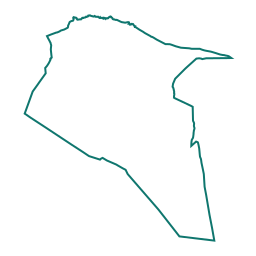 Klæbu nor, Sør-Trøndelag, Norway
{"feature_id": "86288312B3203953779566", "entity_name": "Klæbu nor", "entity_type": "district", "adm_level": 2, "iso_a3": "NOR", "parent_name": "Norway", "parent_adm1": "Sør-Trøndelag", "projection": "mercator", "projection_center": [10.509, 63.25], "detail": "fine", "context": "isolated", "style": "outline", "palette": "teal", "viewbox_px": 256, "rotation_deg": 0, "n_neighbors": 0, "source": "geoboundaries", "source_scale": "gbopen_adm2", "svg_char_len": 4709}
<svg xmlns="http://www.w3.org/2000/svg" viewBox="0 0 256 256"><path d="M231.3,58.0L228.7,56.2L226.8,55.7L226.0,55.6L224.1,55.1L222.7,55.0L220.1,54.5L216.4,53.3L215.8,53.1L212.5,52.1L210.7,51.6L205.8,50.7L204.1,50.3L202.1,49.7L199.8,48.8L199.6,48.8L195.9,48.8L191.7,48.8L189.2,48.3L180.9,47.7L175.8,46.3L171.4,44.7L169.7,44.2L165.4,44.1L156.7,39.6L153.5,37.6L152.2,36.9L151.3,36.8L150.6,36.2L144.8,33.0L143.1,31.8L139.6,29.8L135.4,27.0L134.9,27.0L134.9,26.9L134.9,26.7L135.0,26.5L134.9,26.5L134.8,26.1L134.5,26.1L134.4,26.0L134.3,25.8L134.1,25.6L133.9,25.5L133.8,25.4L133.7,25.1L133.6,24.9L133.5,24.7L133.2,24.5L133.2,24.3L133.1,24.1L132.9,24.1L132.7,24.1L132.4,24.1L132.1,23.9L131.8,23.9L131.7,23.9L131.6,24.2L131.3,24.4L131.1,24.5L130.8,24.6L130.4,24.6L130.1,24.7L129.8,24.7L129.7,24.6L129.8,24.4L129.6,24.4L129.9,24.3L129.9,24.2L129.7,24.1L129.8,24.0L129.9,23.9L129.5,23.6L129.2,23.6L129.3,23.5L129.1,23.3L129.2,23.1L129.0,22.6L129.0,22.4L128.8,22.3L128.6,22.3L128.3,22.1L128.1,22.1L128.0,22.3L127.7,22.2L127.4,22.3L127.1,22.3L125.2,22.7L121.6,22.1L119.8,21.3L119.5,21.1L118.3,20.6L117.9,20.3L117.5,20.2L117.2,20.0L116.9,20.0L116.8,19.9L116.2,19.8L115.6,19.9L115.0,19.7L114.7,19.6L114.1,19.3L113.8,19.3L113.7,19.4L113.4,19.4L113.2,19.3L113.1,19.2L112.8,19.1L112.7,19.0L112.7,18.8L112.5,18.5L112.5,18.3L112.4,18.1L112.2,17.9L111.9,17.7L111.6,17.5L111.5,17.4L111.4,17.4L111.3,17.0L111.2,16.8L110.9,16.8L110.6,16.9L110.4,16.8L110.3,16.6L110.2,16.5L109.6,16.9L109.3,17.1L108.8,17.3L108.7,17.5L108.4,17.7L108.3,18.1L108.2,18.2L107.9,18.2L107.7,18.3L107.5,18.2L107.1,18.4L106.8,18.4L106.6,18.3L106.4,18.4L106.2,18.4L105.8,18.2L105.6,18.4L105.5,18.7L105.4,18.6L105.2,18.6L105.1,18.4L105.2,18.2L104.9,18.2L104.3,17.9L104.1,18.1L103.7,17.8L103.5,17.7L103.3,17.8L103.3,18.0L103.1,18.3L103.1,18.5L102.6,18.3L102.7,18.2L102.4,17.9L102.2,18.0L101.9,17.9L101.3,17.8L101.0,17.9L100.7,17.7L100.5,17.9L100.3,18.0L100.2,18.0L100.2,17.9L100.1,17.7L100.0,17.4L99.9,17.5L99.4,17.4L99.2,17.7L98.9,17.5L98.7,17.2L98.1,16.9L98.0,16.7L97.8,16.7L97.5,16.8L97.1,16.9L96.8,16.8L96.6,16.8L96.2,16.7L95.9,16.8L95.7,16.6L95.2,16.5L95.0,16.3L94.9,16.1L94.7,16.0L94.5,16.3L94.1,16.5L93.6,16.5L93.4,16.4L93.1,16.5L92.9,16.4L92.7,16.3L92.6,16.2L92.0,16.2L91.3,15.9L90.7,15.8L90.2,15.4L89.8,15.4L89.6,15.4L89.6,15.5L89.3,15.5L89.2,15.6L88.8,15.6L88.3,15.6L88.1,16.1L87.9,16.1L87.6,16.6L87.3,16.7L86.8,16.7L86.4,16.7L86.4,16.8L86.3,17.0L85.6,17.1L85.3,17.4L85.1,17.5L84.1,17.5L83.9,17.6L83.5,18.0L82.7,18.0L82.4,17.8L82.2,17.9L82.1,18.0L82.0,18.4L81.8,18.6L81.5,18.8L81.2,19.0L81.0,19.3L80.9,19.4L80.6,19.3L80.4,19.3L79.4,19.4L78.9,19.5L78.6,19.5L77.7,19.7L77.4,19.7L77.2,19.3L77.1,19.2L76.8,19.0L76.8,18.9L76.8,18.7L76.8,18.4L76.6,18.2L76.2,18.0L76.2,17.9L75.8,17.6L75.3,17.6L74.8,17.6L74.5,17.5L73.8,17.1L73.4,17.4L73.2,17.8L73.3,18.3L73.5,18.9L73.6,19.2L73.3,20.2L73.2,20.4L73.1,20.6L72.7,20.8L71.6,21.0L70.7,21.4L70.0,21.8L69.7,22.0L69.1,23.4L68.7,24.5L68.1,25.5L68.1,25.8L68.1,26.5L67.9,27.3L67.7,27.7L64.3,29.5L61.0,30.5L60.4,30.8L59.8,31.3L57.8,32.2L57.4,32.3L57.0,32.5L56.5,32.5L56.1,32.6L54.8,33.1L50.7,34.6L47.0,36.1L47.6,37.3L47.8,37.7L48.5,39.0L49.2,40.3L49.6,41.0L49.8,41.6L50.5,42.7L50.8,44.1L51.2,45.2L50.8,49.4L51.4,55.2L51.6,56.6L51.6,56.9L51.6,57.0L51.7,57.3L51.7,57.5L51.4,57.6L51.2,57.9L51.1,58.1L50.9,58.2L50.9,58.3L50.7,58.4L50.5,58.6L50.5,58.8L50.4,58.9L50.3,59.0L50.4,59.3L50.5,59.6L50.3,59.9L50.3,60.0L50.2,60.1L50.2,60.3L50.1,60.5L48.8,63.1L47.0,65.9L46.4,66.6L45.2,68.0L45.7,73.3L39.4,82.1L37.6,84.7L32.7,91.5L28.7,102.6L24.7,113.6L30.8,117.8L46.1,127.8L71.2,144.4L83.2,152.2L89.0,156.1L100.0,159.6L100.4,159.1L101.5,158.4L102.6,157.9L106.9,160.5L116.4,164.6L117.5,165.3L120.1,166.8L122.9,168.4L125.6,169.8L127.7,174.1L158.4,209.5L179.4,236.4L214.3,240.6L212.1,228.2L209.5,214.8L206.2,195.2L204.6,186.8L203.8,174.0L202.9,169.5L201.5,162.9L201.0,159.2L200.0,156.7L199.8,154.9L199.4,150.5L199.2,148.4L198.6,145.3L198.0,142.7L197.7,142.2L196.1,141.6L191.3,145.9L191.4,142.8L191.6,140.8L191.8,139.9L193.0,137.8L193.2,136.8L193.6,133.6L193.5,133.3L193.8,131.4L193.8,130.9L194.3,129.2L194.5,128.2L194.3,127.4L194.1,126.9L193.9,125.8L194.1,123.8L194.1,123.4L193.8,122.3L193.3,121.5L193.0,120.5L192.7,106.8L191.1,105.9L175.0,98.3L174.0,97.7L174.1,97.3L174.1,97.1L174.0,96.7L174.0,96.0L174.1,95.7L174.2,95.3L174.2,95.0L174.3,94.7L174.3,94.1L174.3,93.6L174.0,93.1L174.0,92.9L174.1,92.6L174.2,92.1L174.2,91.9L174.1,91.7L174.1,91.1L174.0,90.8L173.9,90.5L173.8,89.9L173.7,89.8L173.7,89.2L173.4,88.5L173.4,88.2L173.2,87.7L172.9,87.1L172.8,86.8L172.6,86.7L173.1,83.6L175.2,78.7L185.3,68.6L187.6,66.5L196.4,58.6L199.1,58.3L201.2,58.6L202.2,59.1L206.1,58.3L227.0,58.1L231.3,58.0Z" fill="none" stroke="#0f766e" stroke-width="2"/></svg>